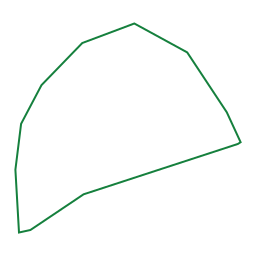 the Parish of Saint Lucy
{"feature_id": "BRB-1995", "entity_name": "Saint Lucy", "entity_type": "Parish", "adm_level": 1, "iso_a3": "BRB", "parent_name": "Barbados", "parent_adm1": "", "projection": "orthographic", "projection_center": [-59.624, 13.309], "detail": "fine", "context": "isolated", "style": "outline", "palette": "green", "viewbox_px": 256, "rotation_deg": 0, "n_neighbors": 0, "source": "natural_earth", "source_scale": "10m", "svg_char_len": 271}
<svg xmlns="http://www.w3.org/2000/svg" viewBox="0 0 256 256"><path d="M19.0,232.5L15.4,169.7L21.1,123.8L41.5,85.1L82.3,43.0L134.3,23.5L187.2,52.4L226.8,112.3L240.6,142.2L238.0,143.9L83.6,194.3L30.4,230.0L19.0,232.5Z" fill="none" stroke="#15803d" stroke-width="2"/></svg>